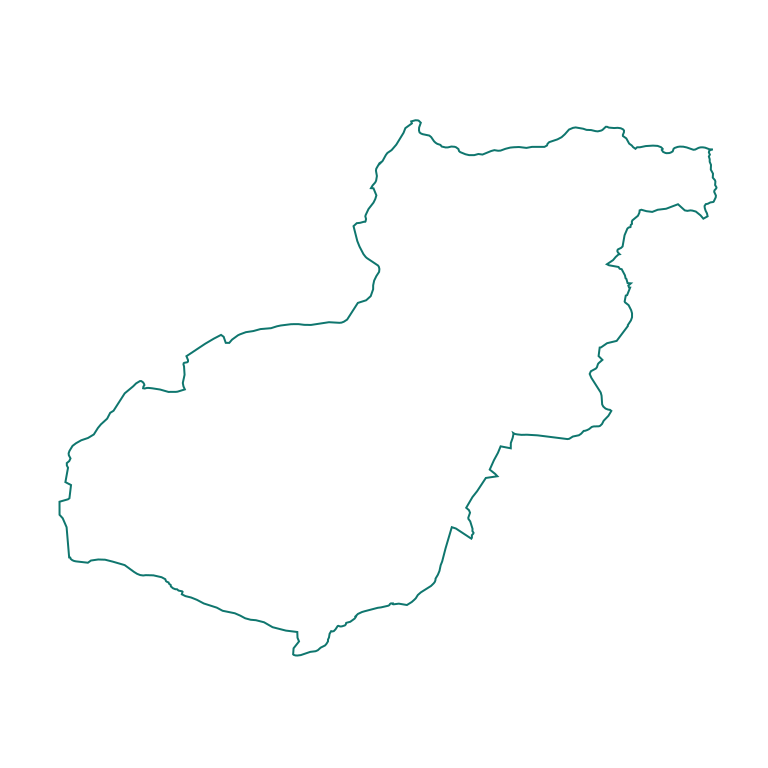 Ubaque, Cundinamarca, Colombia, rotated 276°
{"feature_id": "7082276B28126583048920", "entity_name": "Ubaque", "entity_type": "district", "adm_level": 2, "iso_a3": "COL", "parent_name": "Colombia", "parent_adm1": "Cundinamarca", "projection": "equal_earth", "projection_center": [-73.951, 4.501], "detail": "fine", "context": "isolated", "style": "outline", "palette": "teal", "viewbox_px": 768, "rotation_deg": 276, "n_neighbors": 0, "source": "geoboundaries", "source_scale": "gbopen_adm2", "svg_char_len": 6139}
<svg xmlns="http://www.w3.org/2000/svg" viewBox="0 0 768 768"><g transform="rotate(276 384 384)"><path d="M267.7,78.5L253.1,77.4L250.8,83.3L237.5,83.1L236.3,81.8L233.0,73.6L220.0,75.0L216.9,78.5L208.4,83.3L178.6,89.0L178.6,90.1L177.3,90.7L176.2,92.4L175.6,94.3L175.4,96.3L175.3,108.2L177.8,111.0L179.6,118.1L180.1,125.0L179.0,132.7L176.8,145.0L171.0,155.0L169.4,158.3L168.5,161.5L168.4,164.5L169.0,167.1L169.6,174.6L168.6,183.0L167.0,186.9L165.3,187.7L164.7,188.5L164.1,190.5L162.9,191.1L161.8,192.9L160.4,193.2L158.8,195.5L158.1,197.9L158.2,199.7L157.1,201.2L156.7,204.9L156.3,205.4L153.7,204.9L152.3,208.7L151.5,214.5L149.8,220.5L146.9,227.7L144.1,241.1L141.6,247.2L140.4,259.6L138.6,265.3L136.5,270.4L135.6,276.0L135.7,281.3L134.5,289.6L130.5,298.6L128.5,312.2L128.3,323.7L122.6,324.5L119.1,326.4L111.7,321.7L105.6,321.9L105.1,322.7L104.8,324.4L104.9,326.2L105.7,329.6L109.9,338.7L111.1,343.9L112.3,346.0L115.2,348.6L117.8,352.7L119.5,353.9L122.2,355.2L123.9,355.0L126.2,355.8L129.9,356.0L132.7,357.3L132.5,358.5L133.0,359.9L134.9,361.4L138.4,363.2L138.7,363.8L138.3,365.8L138.5,367.3L139.8,370.3L140.8,371.1L142.5,371.4L144.0,375.3L147.6,379.3L149.6,380.4L149.9,379.9L152.6,382.1L154.9,385.9L155.9,388.3L160.8,401.3L161.5,404.3L163.9,411.3L164.6,412.4L166.0,413.1L166.5,413.8L166.7,415.7L166.0,415.7L165.9,416.6L167.1,421.7L166.6,429.9L170.1,434.4L172.5,436.6L174.2,438.0L177.7,439.7L180.7,442.5L188.1,451.9L191.0,454.3L192.7,455.3L194.6,455.7L195.8,455.6L199.9,457.5L203.9,458.7L209.7,459.3L213.6,460.4L227.0,462.4L248.7,466.4L247.8,470.6L239.3,487.0L240.3,487.5L242.8,487.2L244.6,488.5L245.4,488.6L247.0,487.3L249.2,487.2L256.4,484.1L258.6,482.1L259.8,481.8L265.0,483.0L267.4,481.7L269.5,478.7L280.8,483.8L287.1,487.8L301.2,495.1L304.1,506.4L306.1,504.1L309.9,498.1L319.7,501.3L327.4,504.5L334.2,506.5L333.3,516.8L338.5,516.3L343.9,517.6L347.9,518.0L348.8,517.6L348.0,519.3L347.8,521.8L347.8,526.1L348.5,531.5L349.0,542.1L348.4,572.3L348.9,574.0L351.5,577.3L353.4,583.2L355.2,585.3L358.2,587.5L358.5,588.9L359.5,591.0L360.6,592.7L363.0,595.1L363.7,596.9L364.4,602.1L365.0,603.3L367.0,605.0L370.4,606.3L375.8,610.5L381.0,612.9L381.9,611.5L382.0,609.5L382.7,606.9L384.5,604.4L386.5,603.1L395.1,601.6L398.2,600.4L411.8,589.6L415.5,587.5L418.3,588.4L421.5,593.1L422.9,594.0L426.2,594.7L427.2,595.3L430.8,598.7L434.2,594.5L442.8,594.7L443.1,596.0L447.9,601.6L451.2,610.9L467.2,620.5L468.0,620.3L473.0,622.9L476.3,623.7L480.2,623.3L483.2,622.1L488.0,619.0L490.4,615.2L491.2,614.7L497.2,615.2L497.8,616.5L505.6,618.7L505.6,617.6L507.4,616.7L509.9,619.0L509.8,615.7L513.8,614.1L514.4,613.2L517.2,612.3L523.0,608.4L523.3,606.3L524.9,605.0L525.6,595.3L526.4,593.2L531.2,598.9L534.5,601.1L537.4,603.7L537.7,604.8L539.3,602.9L540.5,602.2L541.5,602.2L542.4,602.7L544.1,605.5L545.7,606.9L557.1,607.7L564.0,609.8L565.2,610.9L565.8,612.7L568.0,612.8L569.2,613.9L571.2,613.5L572.7,613.9L577.9,619.0L581.2,620.1L583.4,620.1L584.2,621.7L583.3,627.0L583.2,632.8L585.9,638.0L587.8,646.3L593.5,657.6L588.1,665.0L587.9,667.6L588.7,670.6L588.7,672.5L588.1,676.1L584.8,681.2L581.8,684.3L584.6,688.3L587.4,687.4L590.0,685.7L592.6,684.6L594.5,684.2L596.5,685.2L597.1,687.2L598.7,689.6L599.4,692.3L599.8,692.8L604.3,694.4L606.1,694.4L609.6,692.3L611.1,692.4L613.3,694.0L614.3,694.1L616.5,692.5L620.0,692.4L621.2,691.9L623.6,689.4L627.6,689.2L631.4,686.6L636.1,686.3L639.0,684.7L641.7,684.4L644.2,683.3L646.2,684.1L648.2,682.9L649.7,683.0L650.7,684.0L651.7,686.5L651.4,683.4L652.6,678.7L652.7,676.4L652.4,673.9L651.7,672.1L649.7,669.0L649.3,667.2L650.9,660.4L651.3,656.7L651.0,653.2L650.5,651.3L649.1,648.3L648.1,647.4L645.5,646.8L644.1,644.9L643.5,643.5L643.1,641.0L643.2,639.7L644.0,637.3L645.8,635.8L646.9,636.6L647.6,635.9L648.5,634.7L649.4,631.2L649.2,626.6L648.0,619.5L646.2,613.8L645.9,611.0L644.2,609.5L645.6,607.0L647.1,605.5L648.7,602.7L653.6,599.3L655.6,595.7L656.7,595.5L659.4,596.3L661.2,596.2L662.3,595.0L663.1,592.7L663.2,589.6L662.6,586.1L662.5,580.9L663.1,579.0L663.0,577.7L659.5,574.7L658.7,573.4L657.6,570.2L657.6,568.0L658.2,563.4L657.9,558.8L658.7,555.4L659.2,547.8L658.5,545.2L656.4,541.4L651.2,537.7L648.0,534.8L645.4,530.9L641.8,523.0L639.9,521.5L638.3,521.2L636.6,518.8L635.3,506.4L633.7,501.0L633.8,493.5L633.0,488.2L632.3,484.8L630.6,480.2L628.3,475.5L627.9,473.1L628.1,469.3L626.9,466.2L622.5,458.0L622.6,453.8L621.0,449.7L620.5,444.9L621.0,441.0L622.6,435.5L623.5,434.3L625.5,433.4L627.0,430.8L627.3,429.4L627.2,426.2L626.0,422.8L625.7,420.6L626.2,416.6L627.7,415.1L628.4,411.9L629.3,410.1L630.6,408.4L634.5,405.1L635.8,403.1L636.5,396.3L637.0,394.6L637.9,393.1L639.8,392.3L642.7,392.1L647.7,393.3L649.5,391.0L649.7,390.2L649.6,387.7L648.0,383.6L646.1,384.5L640.7,378.5L635.9,377.2L623.3,371.2L617.4,367.1L614.1,363.2L611.9,361.9L605.7,359.3L603.5,357.5L604.0,357.5L603.1,356.4L597.3,353.8L595.3,353.7L590.1,355.2L585.4,354.9L583.5,354.2L580.3,351.9L577.4,350.6L577.5,353.1L570.8,356.7L567.1,356.0L563.3,354.6L556.4,350.3L550.1,348.1L548.8,347.9L546.2,348.9L543.7,348.6L543.3,348.2L543.3,347.2L541.8,343.4L541.1,340.1L537.8,337.2L523.4,342.5L518.1,345.3L511.0,350.0L508.4,352.5L507.4,353.9L501.2,365.7L500.1,366.6L497.9,367.4L495.0,367.4L490.5,365.1L485.8,363.4L481.0,362.9L477.1,363.3L470.0,361.6L465.4,357.5L461.9,349.5L444.2,340.6L441.7,337.5L440.6,335.3L440.2,333.3L439.7,322.8L435.1,305.2L434.5,298.4L434.6,292.7L433.8,285.5L431.4,275.2L430.2,271.5L427.7,265.8L425.7,255.4L423.0,248.5L421.1,241.2L418.3,235.5L417.2,233.7L412.2,228.2L408.7,225.8L408.4,222.3L414.2,219.6L415.8,216.8L411.3,210.0L405.3,201.9L391.0,184.6L387.3,186.6L385.8,186.7L385.0,185.9L384.2,183.1L383.7,182.6L382.5,182.5L380.6,183.3L372.3,184.7L364.0,183.8L360.7,184.8L357.8,186.5L354.8,179.5L354.4,177.7L353.6,170.4L355.1,161.9L355.5,153.8L355.5,150.4L355.3,148.6L354.5,146.5L354.6,144.9L356.4,145.0L357.7,145.8L358.6,145.6L360.3,144.4L361.5,142.4L361.4,141.0L358.7,137.4L355.5,134.8L347.6,127.1L329.1,117.8L326.7,114.7L320.6,112.3L314.3,106.7L310.4,104.1L303.5,100.7L299.4,95.3L296.4,88.8L292.9,83.9L289.9,80.7L284.6,78.2L282.1,77.6L280.2,78.0L277.2,80.0L274.4,79.0L272.2,76.8L269.8,77.1L267.7,78.5Z" fill="none" stroke="#0f766e" stroke-width="2"/></g></svg>